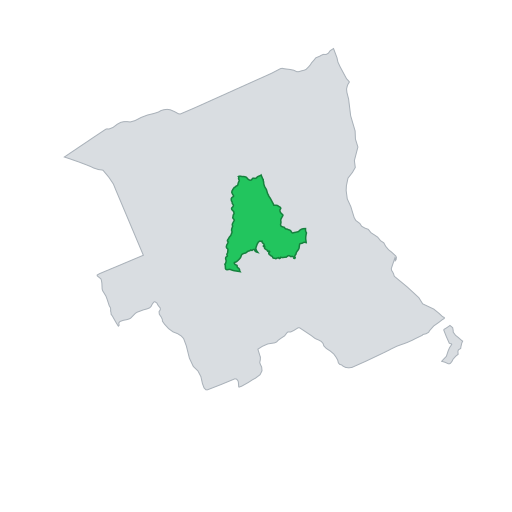 where Bié sits in Angola, rotated 156°
{"feature_id": "AGO-1886", "entity_name": "Bié", "entity_type": "Province", "adm_level": 1, "iso_a3": "AGO", "parent_name": "Angola", "parent_adm1": "", "projection": "orthographic", "projection_center": [17.419, -12.443], "detail": "fine", "context": "in_parent", "style": "filled", "palette": "green", "viewbox_px": 512, "rotation_deg": 156, "n_neighbors": 0, "source": "natural_earth", "source_scale": "10m", "svg_char_len": 9502}
<svg xmlns="http://www.w3.org/2000/svg" viewBox="0 0 512 512"><g transform="rotate(156 256 256)"><path d="M410.3,247.9L410.8,251.3L411.3,256.1L411.6,259.5L411.9,261.0L412.1,261.9L411.6,262.7L411.2,264.8L410.4,266.6L410.0,267.8L410.3,270.2L409.6,277.0L409.4,280.4L410.2,286.6L410.0,288.4L407.8,294.0L407.1,296.8L407.0,298.2L409.1,302.4L408.9,303.2L407.3,303.4L405.9,303.5L358.6,302.5L357.2,373.7L357.0,379.7L358.4,387.8L360.9,396.6L362.0,397.4L364.7,399.0L368.5,402.4L370.6,404.9L374.9,409.3L380.6,414.9L390.8,424.4L355.4,430.6L341.8,432.9L340.6,432.8L338.7,431.8L334.3,431.6L329.2,432.8L325.2,433.1L322.2,432.5L319.3,431.3L316.4,429.6L311.5,428.9L304.5,429.3L297.7,428.9L291.2,427.7L286.5,427.2L283.7,427.5L280.7,427.1L277.5,426.1L274.8,424.4L271.6,420.9L269.1,417.6L268.4,417.1L267.6,416.6L266.8,416.5L252.8,416.3L167.4,416.6L157.5,417.2L156.8,417.1L155.5,416.7L154.7,416.0L151.8,414.2L149.4,412.8L146.0,410.4L143.8,407.8L142.0,407.0L138.8,406.6L136.4,406.1L134.4,406.1L131.0,407.4L128.5,408.6L126.6,409.9L123.5,411.3L120.8,412.7L116.1,412.6L115.1,412.8L112.5,412.8L110.0,411.6L107.5,411.8L104.7,413.4L100.8,414.0L101.4,404.2L102.3,399.8L102.2,394.6L101.2,381.1L100.5,379.2L99.9,377.0L102.4,375.3L103.6,374.0L105.3,371.8L106.4,368.6L107.6,361.6L112.5,345.6L114.6,329.9L117.6,322.4L118.6,314.1L127.3,303.2L129.3,296.5L133.8,293.2L140.3,289.7L144.8,283.5L147.0,279.2L149.4,271.0L149.3,262.5L150.7,251.2L150.4,247.9L147.9,243.4L147.4,240.2L145.1,237.1L142.6,234.7L141.5,230.5L137.2,223.8L136.0,219.3L133.9,216.1L133.6,212.1L132.4,207.9L130.3,203.8L128.3,199.1L128.3,197.6L129.5,195.7L130.7,195.1L130.3,196.0L129.5,197.1L129.7,198.0L137.5,189.5L138.0,187.8L137.7,186.0L137.6,183.8L137.9,181.2L130.3,165.9L124.2,151.7L123.2,144.5L115.2,135.2L112.1,129.1L110.3,124.8L109.0,123.2L109.5,122.3L111.5,122.1L116.0,121.0L122.1,119.8L127.8,117.2L129.3,116.1L132.3,115.8L135.4,116.4L136.5,115.9L137.1,115.9L144.3,115.7L147.3,115.5L152.9,115.5L156.4,115.7L158.4,115.9L163.8,116.3L170.6,116.1L172.9,115.9L181.8,115.6L198.4,115.2L207.0,115.2L213.7,115.2L216.7,116.1L219.5,117.8L220.7,119.3L221.3,120.0L222.1,121.7L223.6,122.9L224.2,124.9L223.7,127.7L224.0,130.9L224.8,134.8L226.7,138.8L229.4,143.0L230.6,146.3L230.3,148.8L231.1,151.4L233.2,154.1L234.7,155.6L235.6,156.7L237.9,160.9L245.4,172.7L246.6,173.3L248.2,173.1L251.7,172.6L255.2,172.5L257.7,173.6L258.7,173.4L262.4,171.4L266.1,170.8L270.0,170.0L272.1,169.1L274.4,169.1L280.7,170.8L281.9,170.9L287.1,170.9L292.2,170.1L293.0,163.3L293.1,161.9L294.3,159.4L295.9,157.2L296.1,155.1L296.0,152.2L297.2,148.7L300.6,145.9L306.2,144.6L309.4,144.4L314.4,143.6L322.0,142.9L324.8,143.1L325.0,143.5L323.3,148.3L323.3,149.9L323.9,151.5L325.2,152.4L340.2,152.8L354.8,153.5L355.5,153.8L356.2,154.2L357.1,156.6L356.8,161.3L355.4,168.2L355.8,174.6L358.2,180.6L358.4,189.8L356.2,202.2L355.7,210.0L356.8,213.3L359.1,216.8L362.7,220.5L365.4,225.2L367.3,230.9L368.0,234.5L367.4,236.0L367.4,238.6L368.0,242.2L367.2,244.6L365.3,245.8L364.6,247.4L365.5,250.6L365.7,253.4L367.0,255.4L367.9,255.5L370.0,254.5L372.4,252.6L374.3,251.9L377.0,252.0L380.8,252.6L387.5,253.0L389.5,252.7L395.8,250.2L397.4,250.1L399.9,250.4L403.3,251.2L406.9,251.5L408.6,250.7L408.8,249.7L409.3,248.3L410.3,247.9ZM129.2,84.1L128.8,84.5L125.9,85.7L122.9,86.9L118.9,91.3L116.8,93.2L116.2,93.7L114.4,94.8L113.1,95.7L113.1,96.2L114.0,96.8L114.9,97.7L114.9,104.9L114.6,111.9L114.1,112.5L111.5,112.8L108.1,113.4L107.1,113.7L106.7,113.0L105.5,110.5L106.1,108.0L106.8,106.2L106.0,102.4L104.3,99.2L102.4,95.0L101.8,94.2L103.4,92.8L105.7,89.8L106.6,88.3L109.3,87.9L110.3,86.8L111.0,85.0L111.3,84.0L114.3,83.2L117.9,81.6L119.9,80.0L122.0,78.9L123.3,78.9L124.1,79.3L126.5,82.0L128.5,83.7L129.2,84.1Z" fill="#d9dde1" stroke="#a8b0b8" stroke-width="1"/><path d="M221.6,238.0L222.0,238.2L222.3,238.5L221.9,238.8L221.7,239.0L221.7,239.6L221.9,239.7L222.1,239.8L222.3,239.9L222.8,240.7L223.0,241.0L223.3,241.1L224.0,241.1L224.3,241.2L224.6,241.4L225.3,242.6L225.7,242.9L226.2,243.1L226.7,243.2L227.3,242.9L227.7,243.0L228.8,242.6L229.7,243.0L232.5,243.8L232.9,244.1L233.4,244.4L234.0,244.8L234.3,244.5L234.6,244.2L235.0,244.4L235.5,244.1L235.8,244.3L236.1,245.3L236.4,245.2L236.8,245.3L237.2,245.5L237.5,245.6L238.9,245.4L239.1,245.5L239.4,246.0L240.7,246.8L241.2,247.2L241.3,247.7L241.3,248.6L241.4,249.0L241.6,249.4L242.3,250.1L242.6,251.0L243.2,251.8L243.3,252.3L243.3,253.2L243.1,253.6L242.8,253.9L242.6,253.7L242.0,254.1L241.7,254.6L241.9,255.0L242.4,255.3L242.9,255.3L243.1,255.3L243.3,255.4L243.5,255.8L243.4,256.3L243.4,256.7L243.6,257.0L243.9,257.4L244.9,259.0L245.0,259.5L244.9,259.6L244.9,259.8L244.9,260.2L244.8,260.4L244.7,260.5L244.3,260.7L244.2,261.0L244.2,261.6L244.2,261.9L244.5,261.7L244.9,261.6L245.2,261.7L245.3,262.1L245.1,262.3L244.4,262.5L244.2,262.6L243.9,263.2L244.0,263.9L244.7,265.4L244.8,265.7L244.8,266.0L244.7,266.4L244.6,266.9L244.5,267.0L246.7,268.1L247.9,267.8L248.3,267.7L249.6,266.7L250.2,266.3L252.6,263.7L253.1,263.0L253.3,262.2L253.3,260.4L252.9,258.6L253.7,259.3L254.0,259.5L254.3,259.8L254.5,260.5L254.7,260.8L254.9,261.1L254.8,262.1L254.8,262.3L254.9,262.6L255.0,262.8L255.3,262.9L256.2,263.0L257.0,262.8L257.4,262.7L257.5,262.8L257.8,263.0L258.0,263.5L258.3,263.7L258.5,263.7L258.8,263.6L259.2,263.4L259.5,263.3L260.0,263.4L260.6,263.5L261.1,263.6L261.4,263.6L261.9,263.5L263.9,263.0L264.5,263.0L265.8,263.3L267.1,263.3L267.7,263.3L268.3,263.1L268.8,262.8L270.5,261.1L271.0,260.7L272.4,260.0L275.1,259.0L276.4,258.7L277.0,258.7L278.1,258.9L278.6,258.7L278.8,258.3L278.7,257.8L278.7,257.3L278.6,256.8L278.4,256.5L278.2,256.3L277.8,255.9L277.2,255.3L277.2,254.8L277.5,254.3L277.6,253.6L277.5,252.9L276.7,251.6L276.6,250.9L276.6,250.2L277.0,248.9L276.9,248.2L282.3,251.7L283.5,252.7L284.7,253.9L285.3,254.4L285.9,254.7L287.3,255.0L288.2,255.3L288.7,255.8L289.0,256.4L289.0,257.0L288.5,258.3L288.3,258.9L288.0,259.5L287.8,260.6L287.8,261.2L287.2,261.3L286.8,261.6L286.5,262.0L285.5,263.2L285.2,263.8L285.1,264.4L284.9,265.7L284.6,266.5L284.1,267.0L283.6,267.3L282.8,267.4L282.4,267.5L282.1,267.7L282.0,268.3L282.1,268.8L281.9,269.5L281.4,269.9L280.8,270.3L280.4,270.8L279.8,272.0L279.2,272.8L279.0,273.5L279.0,274.2L279.5,275.2L279.5,275.5L279.5,275.8L279.4,276.4L279.0,277.0L278.0,278.2L277.8,278.3L277.1,278.7L276.2,279.6L275.8,280.1L275.7,280.4L275.8,280.7L275.9,281.0L276.0,281.3L275.8,281.8L275.4,282.2L274.1,283.0L273.2,283.7L272.5,284.2L271.1,284.8L270.5,285.2L268.3,287.4L267.9,288.3L268.0,289.0L267.8,289.5L267.5,290.1L267.1,290.7L265.4,292.5L265.1,293.1L265.1,293.7L264.9,294.4L264.4,295.0L261.9,297.0L261.3,297.4L261.2,297.9L261.3,298.5L261.7,299.8L261.6,300.6L260.7,301.7L260.3,302.5L259.9,302.9L259.2,303.3L258.7,303.8L258.7,304.2L258.3,305.4L258.4,306.0L259.0,307.5L259.2,308.7L259.0,309.3L258.6,309.8L257.4,310.2L257.1,310.4L256.6,310.8L256.2,311.2L255.9,311.8L256.0,312.4L256.2,313.0L256.3,313.7L255.9,314.8L255.8,315.2L255.9,315.6L256.0,316.5L255.7,317.5L255.3,318.4L254.5,319.1L252.3,319.6L252.0,320.2L252.0,320.7L252.2,321.4L252.3,323.8L252.2,324.0L251.6,325.0L251.4,325.2L251.2,325.4L250.9,325.5L250.6,325.7L250.3,326.1L249.9,326.4L249.6,326.5L249.3,326.6L248.2,327.4L247.9,327.5L247.2,327.4L246.9,327.5L245.9,327.9L245.6,328.0L244.8,327.9L244.6,327.9L244.3,328.0L243.9,328.2L243.7,328.3L242.8,329.6L242.0,330.5L241.8,330.7L240.8,331.4L240.7,331.5L240.6,331.8L240.5,332.1L240.6,333.0L240.5,333.4L240.5,333.7L240.4,333.9L239.6,335.0L239.6,335.3L239.8,335.7L239.4,335.8L239.0,335.7L238.3,335.5L237.7,335.2L236.2,334.1L235.3,333.8L234.0,333.0L232.9,332.0L232.6,331.4L232.3,330.2L232.1,329.6L231.3,328.3L230.9,327.8L230.6,327.6L230.0,327.4L229.4,327.4L228.7,327.6L228.5,327.8L228.0,328.0L227.5,328.3L226.9,328.2L226.4,328.0L225.5,327.4L225.0,327.2L224.3,327.1L223.5,327.3L222.7,327.7L221.5,327.8L219.2,327.7L218.9,327.7L218.4,327.9L218.5,323.7L218.4,323.3L218.3,323.1L218.3,322.9L218.4,322.7L218.5,322.4L218.7,322.0L218.8,321.8L218.8,321.6L218.8,321.1L219.0,320.4L219.1,320.1L219.2,319.7L219.5,319.0L219.6,318.8L219.9,315.9L219.9,315.6L219.6,313.4L219.5,312.8L219.5,312.3L220.0,308.6L220.0,307.2L219.8,306.5L219.9,306.2L220.0,305.9L220.0,305.5L219.5,303.2L219.2,299.1L219.2,298.6L219.1,297.8L219.0,296.5L219.1,295.1L217.9,294.6L216.7,294.0L216.1,293.6L215.6,293.1L215.2,292.2L214.3,291.1L214.0,290.5L213.9,289.8L214.0,289.4L214.5,289.0L215.3,288.5L215.4,288.3L215.6,288.0L215.8,287.5L215.9,286.8L215.9,286.0L215.8,285.3L215.5,284.5L215.2,283.7L214.9,283.2L214.8,282.9L214.8,282.6L214.8,282.3L214.9,282.2L215.4,281.7L216.1,281.2L216.5,280.9L218.0,279.7L218.4,279.3L219.1,278.1L219.2,277.5L219.4,276.8L219.7,276.3L220.5,275.1L220.8,274.7L221.0,273.8L221.0,273.5L220.8,272.9L220.7,272.7L220.1,272.1L219.9,271.8L218.5,270.7L218.4,270.5L218.4,270.4L218.4,270.1L218.2,269.3L218.0,268.9L217.8,268.7L216.5,267.8L216.2,267.5L216.0,267.2L215.9,267.0L215.7,266.8L215.1,266.4L214.6,265.8L214.3,265.4L214.2,265.3L214.1,265.2L213.9,263.9L213.9,263.5L213.8,263.3L213.7,263.0L213.5,262.4L213.3,262.2L212.8,262.0L211.5,261.9L210.5,261.6L207.4,261.0L206.0,261.5L205.6,261.7L203.6,262.0L202.8,261.9L201.6,261.7L199.6,260.9L200.2,259.6L200.6,258.3L200.5,256.5L201.2,255.7L202.7,253.4L203.2,252.4L203.7,251.3L204.7,247.8L206.1,248.8L206.6,249.0L207.2,249.0L208.7,248.9L209.6,249.1L210.0,249.2L210.3,249.3L210.8,249.3L211.3,249.1L211.7,248.5L213.2,246.1L213.7,245.4L214.3,244.9L215.2,244.3L216.7,243.5L217.3,243.1L217.9,242.6L218.9,241.3L219.4,241.0L220.0,240.8L220.3,240.6L220.9,239.6L221.0,239.4L220.8,238.8L220.9,238.5L221.6,238.0Z" fill="#22c55e" stroke="#15803d" stroke-width="1.5"/></g></svg>